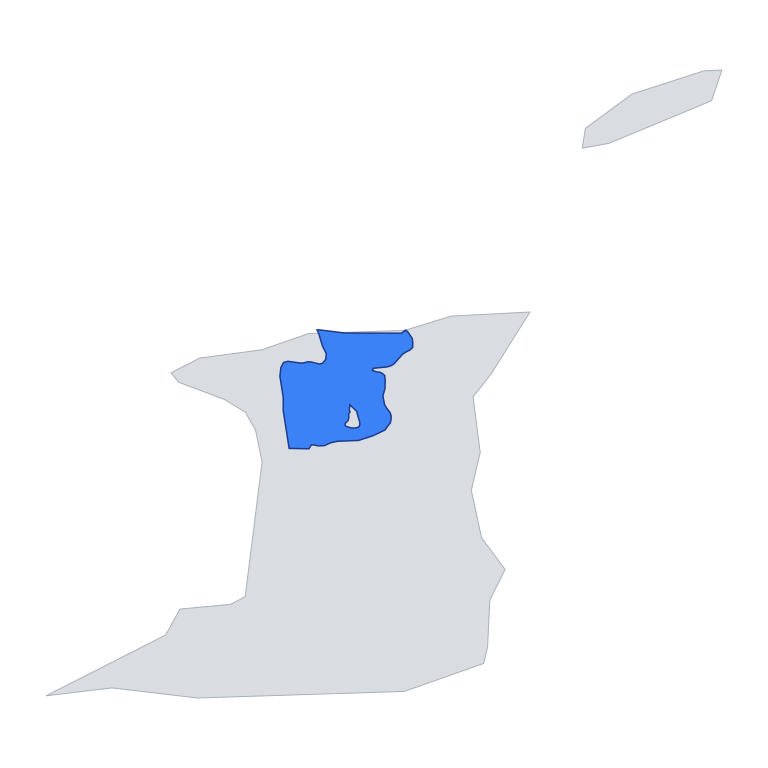 Tunapuna/Piarco on a map of Trinidad and Tobago (Mercator projection)
{"feature_id": "TTO-61", "entity_name": "Tunapuna/Piarco", "entity_type": "Region", "adm_level": 1, "iso_a3": "TTO", "parent_name": "Trinidad and Tobago", "parent_adm1": "", "projection": "mercator", "projection_center": [-61.281, 10.685], "detail": "fine", "context": "in_parent", "style": "filled", "palette": "blue", "viewbox_px": 768, "rotation_deg": 0, "n_neighbors": 0, "source": "natural_earth", "source_scale": "10m", "svg_char_len": 1704}
<svg xmlns="http://www.w3.org/2000/svg" viewBox="0 0 768 768"><path d="M483.7,663.4L404.3,691.4L197.5,698.0L111.9,687.9L46.1,695.8L165.8,634.9L179.9,609.1L230.8,604.3L245.2,596.6L262.1,462.0L255.5,430.0L245.4,412.3L224.8,399.6L178.6,382.2L170.9,372.8L199.9,358.0L262.1,349.7L308.5,333.6L404.6,330.4L451.2,316.1L530.0,312.0L491.2,373.8L473.1,396.9L480.2,452.5L471.3,490.3L481.6,538.0L505.1,569.4L489.8,600.2L487.6,646.7L483.7,663.4ZM608.9,143.3L582.3,148.2L585.4,128.4L632.1,94.0L703.7,70.9L721.9,70.0L711.6,100.7L608.9,143.3Z" fill="#d9dde1" stroke="#a8b0b8" stroke-width="1"/><path d="M317.0,330.0L318.7,329.8L344.7,333.0L401.5,333.2L405.6,330.1L407.6,331.6L412.3,338.5L412.8,342.9L412.7,347.4L409.8,350.1L405.6,352.2L402.4,354.4L394.4,363.5L391.6,365.5L387.2,366.9L373.3,368.3L372.4,370.3L374.5,371.2L377.0,372.0L380.0,372.2L382.1,373.3L384.7,375.5L385.2,379.7L385.0,388.5L382.9,396.0L384.5,404.3L386.4,407.8L390.1,412.6L391.1,415.7L391.1,419.2L390.3,422.9L387.2,426.8L385.2,429.9L372.6,435.9L358.6,440.4L337.4,441.3L330.5,442.8L324.5,445.6L318.3,445.9L313.6,444.9L311.2,444.9L309.0,448.8L289.1,448.4L283.2,410.4L283.3,398.0L279.9,376.1L280.9,367.5L283.6,362.5L287.8,361.3L300.9,363.1L304.0,362.8L307.6,361.8L311.2,362.0L319.7,364.1L322.6,363.1L325.7,359.4L326.3,353.8L322.3,345.6L318.6,333.1L317.0,330.0ZM355.3,428.0L357.6,427.4L359.0,426.8L359.8,424.9L359.7,421.9L357.5,414.9L356.8,411.4L349.9,404.8L349.4,409.2L349.4,410.4L349.9,411.2L350.0,411.9L349.7,412.4L349.3,413.0L348.9,413.7L348.7,414.5L348.7,415.4L348.8,416.4L348.9,417.3L348.3,420.1L347.5,421.1L345.7,422.9L345.1,423.8L345.0,424.7L345.2,425.6L346.4,426.4L350.9,427.9L355.3,428.0Z" fill="#3b82f6" stroke="#1e3a8a" stroke-width="1.5"/></svg>